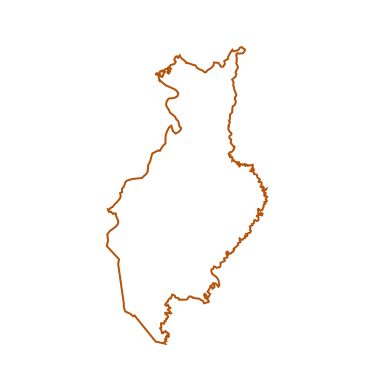 Poro, Savanes, Ivory Coast (Robinson projection), rotated 19°
{"feature_id": "98640826B2900878653745", "entity_name": "Poro", "entity_type": "district", "adm_level": 2, "iso_a3": "CIV", "parent_name": "Ivory Coast", "parent_adm1": "Savanes", "projection": "robinson", "projection_center": [-5.804, 9.476], "detail": "fine", "context": "isolated", "style": "outline", "palette": "amber", "viewbox_px": 384, "rotation_deg": 19, "n_neighbors": 0, "source": "geoboundaries", "source_scale": "gbopen_adm2", "svg_char_len": 6037}
<svg xmlns="http://www.w3.org/2000/svg" viewBox="0 0 384 384"><g transform="rotate(19 192 192)"><path d="M118.1,235.7L119.2,237.3L120.4,237.9L121.8,237.0L124.2,238.3L124.4,237.8L125.6,237.9L126.0,237.4L127.0,237.2L128.1,239.5L131.2,242.9L132.2,244.6L132.3,246.5L131.3,249.5L127.0,255.7L125.7,259.7L128.4,265.2L129.0,270.8L144.9,279.4L145.7,284.3L163.9,319.8L164.9,322.9L167.3,326.1L168.2,326.7L173.7,327.3L176.8,328.6L177.9,327.5L206.2,345.2L215.9,344.2L214.8,343.5L214.7,342.9L215.2,342.0L216.2,341.6L214.6,340.0L215.7,339.5L214.5,337.3L215.1,335.8L216.6,336.8L217.2,336.2L216.3,334.6L216.3,333.7L214.1,332.9L213.4,333.2L212.4,332.2L210.8,333.7L210.5,335.0L209.6,335.3L208.1,332.7L206.2,331.2L206.4,330.6L207.1,330.3L207.1,329.8L206.0,327.9L205.5,326.2L205.9,325.8L208.3,325.9L208.6,324.5L208.0,323.2L209.1,322.6L208.8,320.6L209.6,320.1L209.5,319.1L210.2,318.0L210.1,317.5L208.5,316.3L206.8,316.2L206.1,314.9L208.4,314.0L211.0,314.0L211.8,313.5L209.9,312.1L207.4,311.1L208.0,309.6L209.3,308.9L209.1,308.4L207.6,308.1L206.0,306.5L205.0,307.9L203.7,307.7L203.4,307.3L203.5,306.1L204.8,303.1L204.8,301.4L205.7,299.7L206.6,299.5L206.6,297.3L207.0,295.8L206.7,295.5L207.3,295.2L209.6,295.7L210.3,296.9L210.9,297.2L213.2,296.7L214.5,297.2L214.8,298.0L221.6,295.7L222.6,294.6L223.2,292.0L224.4,291.2L226.0,291.3L227.0,291.9L228.1,291.2L229.4,291.5L233.7,290.5L236.0,291.3L237.8,291.2L239.6,293.3L243.4,290.7L243.5,289.8L242.1,288.7L238.8,287.8L236.9,285.3L237.1,284.2L238.2,284.4L240.6,286.2L241.6,286.5L242.4,282.8L241.8,282.2L239.9,281.8L239.1,281.0L239.8,279.3L240.2,276.2L240.0,274.6L240.9,274.6L242.9,276.7L244.1,275.1L244.1,273.9L242.9,272.5L241.5,272.8L241.3,272.4L241.7,271.4L243.3,270.8L245.0,271.1L247.8,273.0L248.1,272.6L248.2,271.0L245.5,266.4L242.7,264.4L237.7,262.8L236.2,260.9L235.6,259.0L237.1,257.6L237.1,255.2L237.7,255.0L240.1,255.7L242.9,253.7L243.0,252.5L242.0,249.7L245.4,246.4L243.9,244.4L246.7,242.3L246.6,241.6L245.0,239.7L246.7,239.5L247.0,239.1L246.8,238.5L244.3,237.6L245.1,236.8L246.6,237.9L247.6,238.1L248.9,237.3L249.2,236.1L250.1,235.5L250.4,234.5L250.2,233.5L250.8,232.9L250.6,232.3L249.9,232.1L250.0,231.8L252.3,228.3L252.8,226.6L252.2,225.1L254.1,223.7L252.4,221.3L252.2,220.4L254.3,221.1L255.5,220.5L255.9,219.1L257.4,218.0L256.4,216.3L258.5,215.6L258.4,215.1L257.0,214.1L258.2,213.8L258.5,212.6L260.1,211.6L260.5,209.8L259.2,209.1L259.0,207.1L257.9,205.8L260.0,203.5L259.2,202.8L260.6,201.1L260.1,198.6L260.8,197.9L262.6,198.3L263.7,197.6L263.9,196.8L263.2,194.3L262.2,193.7L261.4,193.8L261.2,193.1L263.6,191.4L265.7,191.4L265.9,190.5L265.7,189.5L264.5,189.3L261.9,191.0L260.0,187.0L260.2,186.4L260.8,186.3L263.0,187.4L264.3,186.0L264.5,182.3L263.9,181.0L265.1,179.0L263.7,178.3L263.7,177.8L265.2,177.0L265.7,176.1L264.6,175.5L263.9,174.3L264.7,172.2L263.1,171.8L261.9,172.2L261.1,171.1L261.6,169.8L262.2,170.1L262.1,169.1L261.7,168.9L260.7,169.3L260.0,168.7L260.0,167.1L261.3,165.6L261.3,164.8L258.9,167.7L258.0,167.7L258.5,164.5L257.5,163.8L256.8,165.0L255.1,164.8L255.4,161.8L254.4,160.2L252.8,160.1L252.3,160.8L251.6,160.6L252.0,157.9L248.9,156.8L248.2,155.1L247.5,154.5L244.7,154.8L244.1,153.3L243.4,152.8L240.5,153.2L241.0,151.2L242.9,151.3L243.4,150.7L242.4,150.0L241.9,150.8L240.9,150.2L241.4,148.8L240.5,146.5L238.7,147.8L237.7,147.9L236.5,149.1L235.9,149.1L235.8,148.5L234.6,148.4L233.9,149.9L232.6,149.4L233.3,149.1L233.2,148.4L232.8,148.3L230.9,149.9L230.1,149.5L229.1,150.2L227.6,149.4L227.4,149.7L228.5,150.3L228.8,151.9L228.4,152.4L227.2,151.3L226.4,149.9L226.5,149.1L227.4,148.4L225.6,148.9L225.3,150.4L224.1,149.4L222.7,149.3L221.2,148.3L219.9,149.6L219.1,146.2L218.0,145.9L217.3,146.7L216.7,146.7L216.1,146.0L216.3,144.5L215.6,144.4L215.0,144.9L214.2,144.0L215.1,141.9L216.0,141.6L216.9,140.5L217.7,137.8L217.2,136.5L217.7,136.0L217.4,135.4L215.2,134.7L212.6,132.9L211.9,129.5L210.3,129.2L209.4,128.0L209.3,126.9L210.5,124.9L210.1,123.6L207.5,122.4L205.8,120.6L205.4,118.4L205.1,118.1L205.6,117.8L205.0,116.7L205.0,113.5L204.4,112.6L203.8,112.6L204.1,110.7L202.7,106.7L204.1,103.5L203.6,102.4L203.6,101.4L203.0,100.5L202.7,97.7L204.0,95.8L204.3,94.2L203.8,91.8L202.7,90.7L201.8,89.0L202.5,86.3L201.6,84.8L198.7,81.6L197.6,79.3L196.5,78.2L195.5,74.7L193.3,72.5L195.6,68.8L195.6,66.1L194.1,64.6L194.9,59.8L194.4,58.4L191.9,55.8L191.9,54.1L191.1,52.7L191.1,51.4L189.4,48.6L189.7,47.7L189.1,47.0L189.8,45.9L191.8,45.7L195.0,44.2L195.8,41.7L195.9,40.3L195.5,39.9L192.8,39.4L191.9,38.8L190.2,40.0L189.8,42.1L189.1,43.1L185.7,45.4L184.7,45.3L184.0,44.4L183.4,45.6L182.1,52.2L182.7,54.5L179.8,57.6L181.4,60.2L180.6,63.4L178.6,64.1L175.3,61.5L174.4,61.4L170.6,62.4L171.1,66.0L169.5,68.8L167.0,71.9L166.3,73.9L165.3,74.7L162.2,73.7L158.1,73.5L156.3,72.9L154.0,71.1L152.4,71.4L145.6,71.4L144.6,72.0L143.3,70.7L138.6,69.0L136.9,68.0L136.0,66.8L135.4,68.3L135.3,69.6L134.9,69.7L133.6,68.6L132.6,69.3L132.0,72.5L134.3,74.2L133.8,75.4L133.9,76.2L133.4,76.9L130.5,78.9L129.7,80.7L129.6,81.5L130.2,82.2L131.4,81.8L131.9,82.2L131.8,86.7L131.5,87.6L130.7,87.6L129.7,86.9L129.9,85.5L129.6,83.5L128.5,82.8L128.1,83.8L126.3,85.0L125.6,86.6L124.3,87.2L124.6,87.8L126.1,86.9L127.3,87.1L126.6,89.6L126.4,92.9L125.5,93.1L123.4,91.7L122.5,89.6L122.7,88.3L122.4,88.6L122.2,90.7L121.2,91.6L120.2,91.0L119.6,91.8L119.5,92.5L119.8,92.6L121.7,92.4L122.5,92.7L123.9,95.6L124.9,96.4L124.6,97.0L125.8,97.8L126.3,97.3L132.0,99.6L142.9,100.6L146.5,102.6L147.0,103.5L146.9,106.4L144.2,109.2L140.2,110.8L139.4,111.6L138.5,114.9L139.2,118.3L142.0,121.0L143.0,121.4L145.4,124.1L151.2,126.2L153.4,128.2L156.1,129.6L158.8,134.1L160.7,134.9L161.1,136.6L159.8,139.6L157.5,142.1L154.2,140.7L150.8,136.1L149.3,138.3L148.6,142.9L148.7,147.5L151.1,154.8L149.4,158.0L148.2,163.6L146.6,163.6L142.0,168.4L142.0,171.6L142.5,176.3L141.8,181.4L142.8,183.6L142.8,185.6L143.5,186.7L142.7,190.2L140.0,195.1L131.2,199.2L126.4,202.8L125.7,205.3L125.9,209.2L124.7,211.8L126.0,214.9L124.4,216.4L125.9,219.0L126.0,221.5L124.3,226.2L122.6,229.3L122.0,231.7L120.2,233.6L119.4,235.6L118.1,235.7Z" fill="none" stroke="#b45309" stroke-width="2"/></g></svg>